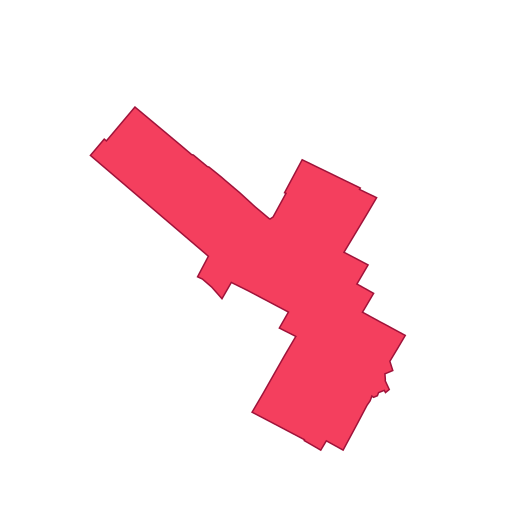 outline of Penobscot, Maine, United States of America, rotated 310°
{"feature_id": "52423323B50427589653668", "entity_name": "Penobscot", "entity_type": "district", "adm_level": 2, "iso_a3": "USA", "parent_name": "United States of America", "parent_adm1": "Maine", "projection": "natural_earth1", "projection_center": [-68.652, 45.52], "detail": "fine", "context": "isolated", "style": "filled", "palette": "rose", "viewbox_px": 512, "rotation_deg": 310, "n_neighbors": 0, "source": "geoboundaries", "source_scale": "gbopen_adm2", "svg_char_len": 1031}
<svg xmlns="http://www.w3.org/2000/svg" viewBox="0 0 512 512"><g transform="rotate(310 256 256)"><path d="M359.4,229.5L322.8,237.2L323.3,238.7L296.9,244.0L293.4,243.0L293.1,242.3L293.1,223.4L294.0,203.3L294.1,182.9L294.2,179.0L293.9,162.9L293.2,161.2L293.1,143.1L292.3,141.5L292.4,123.6L292.3,67.5L248.0,67.4L248.0,64.6L226.6,64.5L225.3,212.9L225.2,219.7L202.5,224.6L203.9,229.8L203.7,242.2L201.4,257.4L219.9,254.1L224.4,272.7L233.9,316.9L215.8,320.2L220.0,338.2L198.0,341.9L155.1,349.8L133.8,353.4L138.0,372.4L146.4,411.2L145.6,411.6L148.9,430.4L159.6,428.7L163.3,447.5L184.5,443.1L192.6,441.4L213.0,437.0L218.4,436.5L223.2,434.8L223.3,436.9L227.0,438.8L230.1,437.7L235.5,440.6L234.6,443.0L239.4,443.9L243.4,435.3L244.6,434.4L248.6,430.5L256.2,434.4L261.4,426.2L276.7,423.8L291.1,421.4L289.4,413.0L286.3,397.8L285.4,393.8L283.0,381.8L281.4,373.7L303.0,370.1L299.4,351.3L321.2,347.6L316.9,327.8L315.4,321.0L358.4,314.2L378.2,310.9L373.5,292.5L375.1,292.2L359.4,229.5Z" fill="#f43f5e" stroke="#9f1239" stroke-width="1.5"/></g></svg>